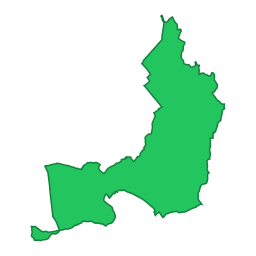 outline of Trang Bang, Tây Ninh, Vietnam
{"feature_id": "81297802B3309919066987", "entity_name": "Trang Bang", "entity_type": "district", "adm_level": 2, "iso_a3": "VNM", "parent_name": "Vietnam", "parent_adm1": "Tây Ninh", "projection": "natural_earth1", "projection_center": [106.323, 11.105], "detail": "fine", "context": "isolated", "style": "filled", "palette": "green", "viewbox_px": 256, "rotation_deg": 0, "n_neighbors": 0, "source": "geoboundaries", "source_scale": "gbopen_adm2", "svg_char_len": 5853}
<svg xmlns="http://www.w3.org/2000/svg" viewBox="0 0 256 256"><path d="M44.9,166.2L47.9,172.3L49.4,184.0L50.1,192.4L52.9,216.8L55.1,219.9L56.4,222.2L56.9,223.3L58.1,226.9L59.6,230.0L56.2,231.0L50.9,232.0L47.7,232.2L46.5,231.3L43.2,231.7L42.3,231.6L40.1,230.2L37.7,228.3L35.9,227.0L34.9,226.5L32.9,226.6L31.4,226.5L31.9,227.7L31.8,230.3L32.1,231.3L32.2,232.3L32.1,233.0L31.5,234.8L31.6,236.1L31.8,236.6L32.4,237.1L33.4,237.8L34.5,240.2L35.8,240.3L36.7,240.2L37.9,240.5L38.9,240.1L40.3,240.6L41.0,240.6L42.5,239.8L44.5,239.8L47.9,238.8L48.5,238.2L48.7,237.2L49.7,236.5L50.4,235.1L51.3,234.3L52.4,233.8L53.0,233.6L55.5,234.0L56.7,233.5L58.4,232.3L59.3,230.8L59.9,230.4L63.5,229.7L65.6,229.0L67.5,229.1L68.5,228.9L71.6,227.9L72.5,227.4L74.6,225.4L75.0,225.3L76.4,225.3L76.9,225.2L77.7,224.5L81.2,223.0L83.1,221.1L86.6,221.6L88.4,221.6L90.5,221.3L91.9,221.3L93.9,222.7L94.4,223.0L96.6,223.2L98.8,223.1L100.8,223.9L102.6,224.0L103.0,224.1L103.9,224.9L105.8,226.0L107.1,224.6L109.2,223.6L111.0,223.2L111.9,222.8L112.7,222.0L114.1,220.0L114.9,218.2L115.3,216.7L115.3,216.1L114.4,213.1L114.1,212.3L113.0,210.7L112.3,207.7L111.7,206.8L108.2,204.4L104.2,201.2L103.9,200.7L103.8,199.7L103.8,198.9L104.7,196.3L106.2,194.0L107.3,194.7L107.7,195.7L108.6,196.6L109.0,197.9L109.3,198.2L109.5,198.2L109.8,198.0L110.2,196.9L110.6,196.4L111.5,196.0L111.7,195.7L112.4,193.9L112.6,193.6L112.8,193.4L113.2,193.4L114.0,193.8L115.0,193.5L115.2,193.1L114.9,191.8L115.2,191.4L117.2,192.2L117.5,192.2L117.9,190.8L118.5,190.3L120.3,190.6L120.9,190.2L121.6,190.3L123.9,190.3L124.5,190.1L126.6,191.6L131.9,193.5L141.5,198.5L144.6,200.6L148.2,203.6L153.9,208.6L155.3,211.3L154.0,212.1L154.5,212.7L154.7,214.3L155.3,215.4L155.8,214.7L159.1,212.0L162.8,217.5L163.8,216.9L163.8,216.7L164.9,215.7L165.3,215.2L165.3,214.8L166.6,213.7L167.8,213.5L170.3,212.5L173.8,211.7L176.6,211.5L177.6,211.7L179.1,212.8L181.9,212.1L184.2,212.1L186.1,211.5L192.5,208.3L194.5,207.7L196.6,206.8L196.6,205.9L197.7,205.8L200.5,204.2L201.1,204.0L201.7,204.2L198.1,199.3L198.3,195.4L198.0,193.4L198.1,193.1L199.0,191.7L199.4,190.5L200.3,186.9L200.7,186.0L201.2,185.6L201.2,185.2L202.5,184.3L205.4,183.7L206.6,183.0L206.9,182.2L207.8,178.4L207.5,177.3L207.7,173.7L207.8,173.4L208.9,173.1L209.1,172.9L209.0,172.7L208.5,172.2L207.5,170.8L207.0,169.4L207.0,168.9L207.4,167.2L207.5,166.2L207.2,164.9L207.2,163.0L206.9,162.4L206.9,161.9L207.3,160.7L208.1,159.3L208.4,159.2L209.4,159.1L209.8,159.0L209.9,158.8L209.7,157.5L209.8,156.6L210.1,155.8L210.3,154.0L210.3,153.3L209.7,150.6L209.6,148.8L209.7,148.2L210.4,147.2L210.5,146.8L210.3,138.2L213.0,138.2L213.2,132.8L214.2,132.9L214.6,131.8L215.3,131.9L217.6,125.4L217.3,125.0L217.8,123.4L219.1,121.7L220.8,120.3L221.0,117.8L222.2,113.0L222.1,111.3L223.2,109.5L224.6,108.7L224.1,107.8L224.4,104.1L222.7,104.1L221.4,103.8L219.2,101.3L216.7,99.7L215.6,97.7L213.2,94.6L212.5,93.6L212.3,93.0L212.4,92.5L214.2,92.0L215.5,89.8L216.8,88.3L217.2,87.3L217.4,85.5L217.4,85.0L217.1,84.1L214.4,80.0L214.4,77.8L214.5,75.5L214.1,74.2L213.6,73.5L212.6,72.6L212.0,72.7L211.6,73.1L211.2,74.4L210.7,75.3L210.4,75.6L209.6,76.0L208.7,75.9L206.5,74.7L204.8,74.2L203.7,73.1L203.3,73.0L200.8,73.4L199.7,74.5L199.3,74.6L199.0,74.2L198.9,73.5L199.2,71.7L199.2,69.9L198.9,69.0L198.7,67.7L198.8,67.0L199.4,66.0L199.5,65.6L199.2,65.2L198.1,65.3L197.5,65.1L196.6,63.8L196.2,62.5L195.8,61.9L195.6,61.8L195.2,62.2L195.6,64.7L195.1,65.7L194.1,66.4L193.2,66.8L191.7,67.2L191.4,67.2L190.8,66.9L189.7,65.4L189.2,65.0L188.8,64.8L187.0,64.6L185.0,64.2L184.2,64.0L183.9,63.7L183.7,62.1L183.4,60.9L182.7,59.8L181.4,58.5L181.2,57.7L181.2,57.2L181.4,56.2L181.3,54.6L181.6,53.3L181.6,52.1L181.9,51.7L182.5,51.2L183.1,50.3L183.4,46.2L183.8,45.2L184.8,43.1L184.8,42.7L184.6,42.1L181.1,40.5L179.9,39.3L178.8,38.8L178.6,38.5L178.5,38.0L178.9,36.4L179.5,35.0L180.0,33.2L181.1,31.5L181.2,30.7L181.0,30.0L180.4,29.3L179.9,29.2L179.5,29.3L178.6,29.9L178.1,29.9L177.8,29.8L177.4,28.6L177.4,26.1L177.0,24.5L176.6,23.7L175.6,22.8L174.6,21.5L173.7,19.8L172.7,17.4L172.5,17.0L172.0,17.1L168.8,19.5L168.4,20.4L167.1,21.9L166.5,22.2L165.9,22.2L164.8,21.8L164.2,21.3L163.3,19.3L162.5,16.4L161.9,15.4L160.9,16.1L162.0,17.9L162.5,20.5L164.2,22.8L163.8,24.3L162.7,32.2L162.2,34.6L161.8,39.7L161.6,40.1L143.4,60.6L143.8,61.0L143.1,62.1L141.8,63.5L146.9,69.1L150.5,74.3L147.2,77.4L148.5,79.2L149.6,81.1L148.7,82.2L147.3,83.4L144.7,85.4L144.2,85.5L150.9,93.7L153.6,97.1L155.3,99.0L161.8,107.1L158.6,108.8L158.9,109.5L154.8,112.4L153.9,112.8L155.3,116.1L154.2,118.4L153.9,119.4L152.8,121.8L152.2,123.5L152.2,124.6L152.4,126.2L152.3,128.5L151.4,133.2L151.3,133.7L150.9,134.0L148.5,134.1L147.4,135.1L146.1,136.1L145.3,137.2L145.1,137.7L145.1,138.6L145.5,140.8L145.5,141.1L145.3,141.6L145.2,142.3L145.9,144.2L145.4,144.9L145.2,145.8L143.9,147.6L143.9,148.3L144.2,149.2L144.0,149.7L142.7,150.1L140.2,153.5L140.1,155.6L139.8,155.9L138.9,156.3L138.1,157.0L137.8,157.0L137.4,156.7L136.3,158.6L133.8,161.6L132.8,160.8L131.0,158.3L130.7,157.1L126.4,156.9L126.4,158.2L125.2,157.7L124.8,159.3L122.2,159.3L122.2,159.7L121.3,159.8L121.1,161.1L120.8,161.6L120.2,161.7L119.7,162.5L119.1,162.8L116.3,163.2L114.1,165.3L111.1,166.5L109.8,167.4L109.1,167.6L108.2,168.3L107.1,169.4L106.8,170.1L105.0,172.3L104.6,173.0L104.0,173.5L102.2,172.4L100.4,170.9L99.4,169.7L99.0,168.9L98.7,168.1L98.7,167.2L99.3,165.9L100.2,164.8L98.8,163.7L96.5,162.5L95.6,162.5L93.5,162.9L91.6,162.5L89.6,162.5L88.3,162.9L87.6,162.6L86.2,164.0L84.1,165.2L83.4,165.8L83.0,166.3L83.0,167.2L82.5,167.4L82.3,167.6L82.1,167.9L82.1,168.3L81.9,168.6L81.9,169.3L81.4,169.5L81.0,169.5L80.7,169.1L79.5,169.1L78.0,168.7L77.4,168.2L75.9,168.6L74.9,167.7L71.2,166.7L68.3,165.6L67.0,165.5L65.7,165.1L63.8,164.9L62.1,164.3L57.4,163.2L57.1,163.2L56.3,163.8L53.8,164.0L52.9,164.4L51.5,164.5L48.2,165.7L45.7,165.7L45.2,165.9L44.9,166.2Z" fill="#22c55e" stroke="#15803d" stroke-width="1.5"/></svg>